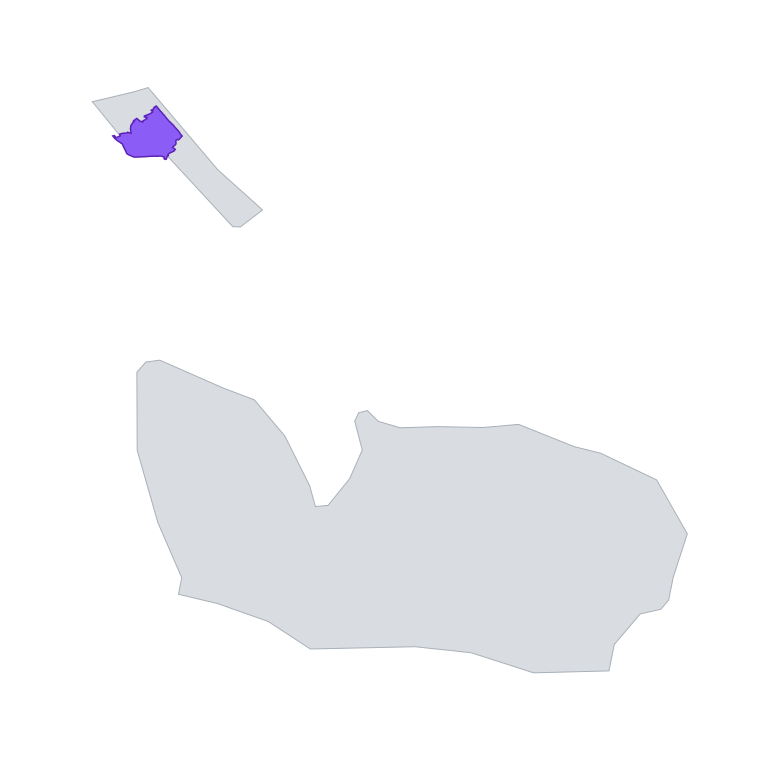 Khan Yunis, Gaza Strip, Palestine (highlighted), rotated 95°
{"feature_id": "87354302B21422506618890", "entity_name": "Khan Yunis", "entity_type": "district", "adm_level": 2, "iso_a3": "PSE", "parent_name": "Palestine", "parent_adm1": "Gaza Strip", "projection": "robinson", "projection_center": [34.31, 31.33], "detail": "fine", "context": "in_parent", "style": "filled", "palette": "violet", "viewbox_px": 768, "rotation_deg": 95, "n_neighbors": 0, "source": "geoboundaries", "source_scale": "gbopen_adm2", "svg_char_len": 5545}
<svg xmlns="http://www.w3.org/2000/svg" viewBox="0 0 768 768"><g transform="rotate(95 384 384)"><path d="M650.2,134.9L658.7,209.8L644.1,273.9L643.0,330.0L654.4,434.3L630.7,478.6L617.2,530.9L611.4,570.4L594.6,568.6L541.8,597.2L471.5,624.1L393.9,631.2L382.9,623.2L379.8,609.5L402.3,543.1L411.0,511.9L444.5,478.2L492.0,449.1L512.1,441.7L509.8,429.2L481.4,410.0L451.7,399.9L423.6,409.9L414.9,406.8L411.9,398.3L421.7,386.4L426.2,364.1L421.8,326.8L418.7,281.4L412.5,246.4L429.8,189.3L434.1,162.1L455.8,104.0L506.9,68.8L551.1,79.0L574.4,81.6L584.2,88.5L590.7,108.7L623.4,131.9L650.2,134.9ZM221.2,520.2L240.0,540.7L240.5,548.3L170.2,625.8L169.5,659.0L128.2,699.2L115.0,659.3L109.3,644.8L185.1,568.2L221.2,520.2Z" fill="#d9dde1" stroke="#a8b0b8" stroke-width="1"/><path d="M160.5,675.8L161.1,675.3L161.8,674.6L162.3,674.1L162.7,673.8L163.3,672.9L163.7,672.3L164.1,671.8L164.5,671.3L164.8,671.0L165.0,670.5L165.8,669.0L166.1,668.4L166.4,667.9L166.7,667.5L166.9,667.2L167.1,666.6L167.4,665.8L168.2,665.4L169.4,664.7L171.9,663.2L172.6,662.8L173.9,662.0L175.1,661.2L176.1,660.8L176.9,660.3L177.1,660.0L177.7,658.8L178.3,657.3L178.7,655.9L178.9,655.4L179.0,655.0L179.1,654.7L179.3,654.2L179.5,653.8L179.6,653.3L179.7,652.8L179.7,652.1L179.5,650.7L179.4,649.9L179.3,648.5L179.1,647.7L179.0,646.5L178.8,645.3L178.6,644.0L178.6,643.3L178.3,641.5L178.1,639.9L177.8,638.5L177.7,637.6L177.6,636.9L177.4,635.7L177.3,635.0L177.2,633.7L177.0,631.7L176.9,630.0L176.8,629.1L176.6,628.3L176.5,627.5L176.4,626.8L176.4,626.3L176.4,626.1L176.4,625.7L176.5,625.2L176.6,624.6L176.7,624.3L176.8,624.1L176.9,623.6L176.9,623.3L177.0,623.1L177.1,622.8L177.2,622.6L177.4,622.5L177.5,622.5L178.1,622.7L178.2,622.8L178.4,622.8L178.8,622.6L179.0,622.4L179.1,622.2L179.2,621.9L179.1,621.7L179.0,621.3L179.0,621.2L179.3,620.8L179.5,620.6L179.7,620.4L179.6,620.5L179.3,620.5L179.2,620.5L178.9,620.4L178.6,620.4L178.4,620.3L178.0,620.2L177.4,620.1L177.1,620.0L176.8,619.9L176.5,619.8L176.2,619.8L176.1,619.7L175.3,618.7L175.2,618.7L175.0,618.8L174.9,618.8L174.7,619.3L174.3,619.1L174.0,619.0L173.8,618.8L173.6,618.7L173.3,618.4L173.0,618.1L172.8,617.9L172.7,617.7L172.5,617.4L172.3,617.0L172.2,616.9L171.9,616.4L171.7,616.0L171.3,615.3L170.6,614.1L170.3,613.7L170.2,613.5L170.0,613.4L169.9,613.3L169.8,613.2L169.6,613.1L168.8,612.6L168.6,612.5L168.4,612.4L168.1,613.0L167.7,613.5L167.5,613.9L167.4,614.1L167.2,614.5L166.9,614.8L166.7,615.1L166.6,615.3L166.1,614.9L165.7,614.5L165.4,614.2L165.2,614.1L165.3,614.1L165.1,613.9L164.9,613.7L164.3,613.1L163.9,612.7L163.7,612.6L163.4,612.4L163.0,612.3L162.9,612.2L162.7,612.2L162.4,612.2L161.8,612.3L161.2,612.4L160.3,612.5L159.5,612.6L158.4,611.2L158.7,610.1L158.3,609.5L157.6,609.0L157.4,608.8L157.1,608.6L156.6,608.3L156.5,608.2L155.0,607.0L154.7,606.8L154.6,606.7L154.5,606.8L153.8,607.5L153.5,607.8L153.1,608.3L152.9,608.5L152.6,608.7L152.3,608.9L152.0,609.1L151.7,609.3L151.5,609.5L151.4,609.6L151.1,609.8L150.8,610.1L150.4,610.4L150.1,610.6L149.9,610.8L149.7,611.0L149.5,611.3L149.4,611.5L149.2,611.7L149.0,611.8L148.9,612.0L148.6,612.2L148.4,612.5L148.1,612.8L147.9,613.0L147.6,613.3L147.2,613.8L146.9,614.2L146.6,614.4L146.4,614.6L146.3,614.8L146.0,615.1L145.7,615.4L145.3,615.6L145.0,615.9L144.8,616.1L144.6,616.3L144.2,616.9L143.8,617.3L143.0,618.4L142.5,618.9L142.1,619.4L141.7,619.9L141.2,620.6L140.8,621.2L140.6,621.4L140.1,621.9L139.6,622.3L139.1,622.9L138.4,623.6L138.1,623.8L137.9,624.0L137.5,624.4L137.3,624.6L137.1,624.9L136.8,625.2L136.5,625.4L136.1,625.7L135.9,625.9L135.7,626.1L135.2,626.6L134.6,627.3L134.1,627.9L133.4,628.5L132.5,629.4L131.7,630.4L130.9,631.2L130.2,631.9L129.7,632.4L129.2,632.8L128.9,633.1L128.3,633.7L127.9,634.1L127.7,634.3L127.5,634.5L127.2,634.9L126.9,635.1L127.1,635.4L127.2,635.2L127.5,635.5L127.8,635.8L127.9,636.0L128.2,636.3L128.3,636.5L128.2,636.7L128.2,636.8L128.3,636.8L128.5,637.0L128.8,637.1L129.0,637.4L129.1,637.5L129.3,637.4L129.5,637.4L129.5,637.5L129.8,637.5L130.2,637.6L130.4,637.7L131.1,638.1L131.0,638.3L130.8,638.6L131.1,639.1L131.6,639.8L133.1,638.1L134.2,639.3L135.4,641.1L136.5,643.2L137.9,646.1L138.0,646.1L138.2,645.7L138.3,645.5L138.8,645.8L138.9,645.3L139.0,644.4L139.2,643.2L139.7,643.3L140.3,643.8L140.5,643.8L140.7,644.1L140.8,644.2L141.0,644.5L141.6,645.1L141.8,645.4L142.1,645.8L142.3,646.0L142.5,646.3L142.6,646.6L142.8,646.7L142.8,646.8L143.0,646.8L142.8,647.0L143.3,647.3L144.0,647.7L143.9,648.0L143.8,648.5L143.7,648.7L143.7,648.8L143.5,649.4L143.3,650.0L143.1,650.4L143.1,650.5L142.9,650.7L142.8,650.8L142.7,651.0L142.2,651.6L142.0,651.9L141.5,652.7L141.3,652.9L141.2,653.3L141.0,653.6L141.1,653.8L141.3,653.9L141.4,654.0L141.5,654.0L141.7,654.3L141.8,654.2L142.6,655.1L142.8,655.4L142.9,655.5L143.0,655.7L143.1,656.0L143.3,656.2L143.7,656.5L144.0,656.7L144.3,656.9L144.4,657.0L144.5,657.1L144.4,656.9L144.4,656.7L144.4,656.4L144.4,656.2L144.5,655.9L145.1,656.5L145.3,656.8L145.5,657.0L145.8,657.2L146.0,657.3L146.9,657.8L147.0,657.9L147.3,658.0L147.7,658.3L148.0,658.4L148.1,658.5L148.3,658.6L148.5,658.6L148.9,658.7L149.1,658.7L149.9,658.7L151.1,658.8L151.8,658.8L152.2,658.8L153.1,658.5L153.7,658.4L155.6,658.0L156.0,658.0L156.2,657.9L156.3,657.9L156.1,658.7L156.0,659.5L155.8,660.1L155.8,660.4L155.6,661.0L155.5,661.3L155.8,661.4L155.9,661.5L156.0,661.6L156.2,661.8L156.3,661.9L156.3,662.0L156.4,662.4L156.6,663.5L156.6,663.8L156.7,664.0L156.7,664.5L156.8,664.9L157.1,666.5L157.3,667.0L157.5,667.6L157.9,668.6L158.1,669.1L159.8,668.4L161.3,671.1L161.9,672.6L160.0,674.2L160.0,674.3L160.5,675.8Z" fill="#8b5cf6" stroke="#5b21b6" stroke-width="1.5"/></g></svg>